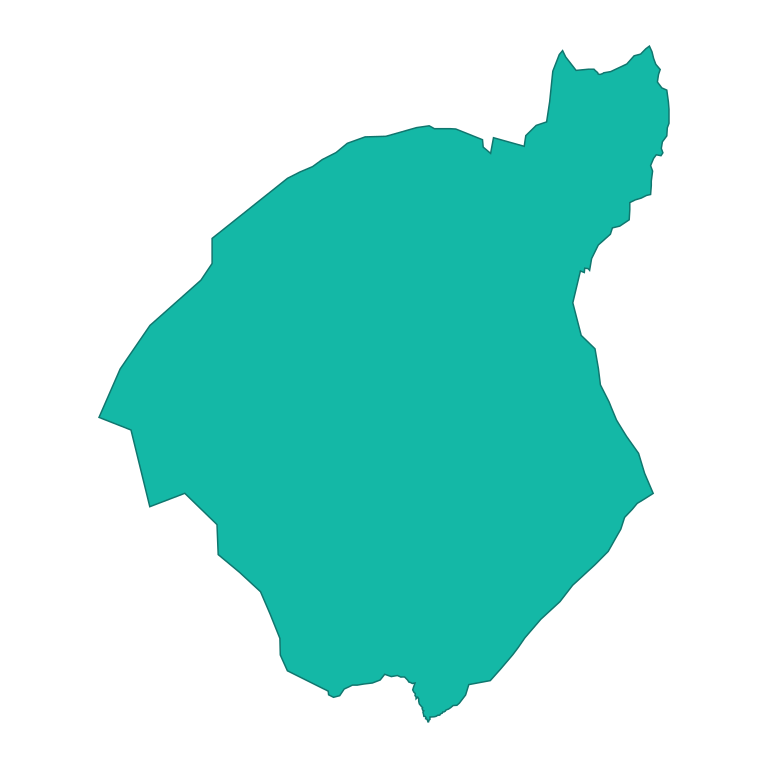 Moro, Kwara, Nigeria (Equal Earth projection)
{"feature_id": "59680162B98306169506823", "entity_name": "Moro", "entity_type": "district", "adm_level": 2, "iso_a3": "NGA", "parent_name": "Nigeria", "parent_adm1": "Kwara", "projection": "equal_earth", "projection_center": [4.676, 8.847], "detail": "fine", "context": "isolated", "style": "filled", "palette": "teal", "viewbox_px": 768, "rotation_deg": 0, "n_neighbors": 0, "source": "geoboundaries", "source_scale": "gbopen_adm2", "svg_char_len": 2668}
<svg xmlns="http://www.w3.org/2000/svg" viewBox="0 0 768 768"><path d="M212.1,238.4L212.1,263.5L200.9,280.2L178.3,300.3L150.0,325.4L120.2,368.9L99.0,417.4L131.0,430.0L149.8,506.7L184.8,493.3L217.0,524.6L218.2,554.6L239.5,572.3L260.5,591.7L270.1,614.0L279.9,638.4L280.3,655.0L287.4,670.8L323.3,688.7L326.0,690.0L328.2,691.2L328.6,694.8L333.5,697.3L339.7,695.7L344.2,689.0L348.8,686.9L352.4,685.1L357.4,685.1L363.9,684.0L372.4,683.0L380.2,680.0L384.7,674.3L391.3,676.6L397.4,675.5L400.9,677.1L401.9,677.0L403.1,677.0L404.6,677.0L407.7,680.2L408.8,682.0L410.9,682.7L412.3,683.5L415.0,683.0L413.5,687.2L412.7,689.9L413.9,692.2L415.3,693.6L415.0,695.7L416.0,696.6L416.1,698.8L417.7,697.2L418.7,698.8L418.7,701.3L419.3,703.9L421.1,706.1L422.6,707.8L422.1,708.5L422.7,710.2L423.8,710.9L422.9,712.0L423.5,714.3L423.9,716.4L425.3,716.5L426.0,717.7L425.6,718.7L427.1,719.4L428.0,721.9L428.6,721.8L428.9,720.3L430.0,719.4L429.9,717.1L432.3,716.9L434.1,716.8L436.2,716.3L437.2,715.6L438.0,715.1L438.8,715.3L439.9,715.0L440.4,714.1L441.3,713.5L442.2,713.2L442.7,712.1L444.0,711.9L445.2,711.2L446.2,709.9L448.5,709.1L450.6,707.7L453.2,705.5L456.9,705.3L459.4,703.1L465.6,695.0L468.8,684.6L490.3,680.6L492.0,678.7L500.2,669.5L512.8,654.7L518.3,647.4L524.9,637.8L540.8,619.3L547.4,613.2L560.0,601.6L561.7,599.4L572.6,585.3L595.0,564.7L608.2,551.4L611.9,544.9L615.3,538.8L620.8,529.2L624.6,517.4L632.3,509.3L637.2,503.4L644.4,499.0L653.2,493.4L644.6,473.3L638.6,453.4L626.5,436.3L618.1,422.7L616.5,420.0L611.5,408.0L609.1,402.0L600.4,384.8L599.4,376.7L598.4,368.6L595.0,348.8L581.2,335.4L572.8,302.8L580.4,271.0L584.3,272.5L584.7,268.2L588.1,268.6L589.6,270.3L591.6,258.6L598.3,245.0L610.4,234.2L612.4,227.9L619.8,226.1L629.2,219.8L629.8,209.8L629.8,202.6L635.2,199.9L641.2,198.1L646.6,195.4L650.6,194.5L651.3,185.5L651.3,181.0L652.6,171.1L650.6,165.6L653.6,158.4L656.3,154.8L661.0,155.7L662.9,152.8L661.3,148.4L662.4,141.8L666.8,135.9L667.3,127.8L669.0,123.3L669.0,117.4L669.0,109.3L668.4,101.9L666.8,90.1L661.8,87.9L657.4,82.0L658.5,74.6L660.2,69.5L655.8,64.3L653.6,58.4L652.0,51.8L649.4,46.1L645.8,48.8L640.6,54.1L634.1,55.8L626.8,64.0L610.7,71.6L603.7,72.8L602.8,73.5L601.2,74.1L600.2,74.4L598.9,74.3L598.1,73.9L597.8,72.9L597.3,72.3L595.3,70.6L594.0,69.2L592.6,69.2L588.6,69.2L576.1,70.4L565.7,57.0L562.6,50.6L559.3,54.5L552.8,71.2L549.7,101.5L546.6,121.9L536.2,125.4L525.8,135.6L524.2,146.3L493.5,137.7L490.6,153.4L483.2,147.1L482.5,139.7L455.8,129.0L450.4,128.7L434.4,128.7L432.5,127.6L429.2,125.8L416.6,127.6L385.9,136.3L365.1,136.9L347.3,143.3L336.0,152.6L322.2,159.6L312.6,166.6L300.1,171.9L287.5,178.3L212.1,238.4Z" fill="#14b8a6" stroke="#0f766e" stroke-width="1.5"/></svg>